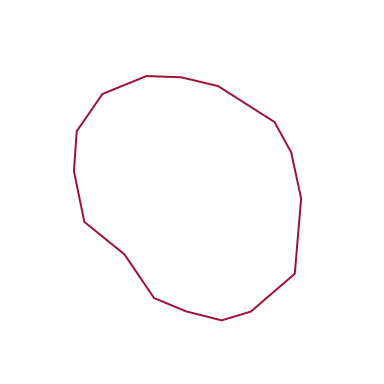 the district of Yevlakh City, Yevlakh, Azerbaijan, rotated 39°
{"feature_id": "54616110B78344971255813", "entity_name": "Yevlakh City", "entity_type": "district", "adm_level": 2, "iso_a3": "AZE", "parent_name": "Azerbaijan", "parent_adm1": "Yevlakh", "projection": "natural_earth1", "projection_center": [47.167, 40.614], "detail": "fine", "context": "isolated", "style": "outline", "palette": "rose", "viewbox_px": 384, "rotation_deg": 39, "n_neighbors": 0, "source": "geoboundaries", "source_scale": "gbopen_adm2", "svg_char_len": 420}
<svg xmlns="http://www.w3.org/2000/svg" viewBox="0 0 384 384"><g transform="rotate(39 192 192)"><path d="M290.4,275.6L295.8,273.1L313.0,247.9L323.3,190.9L322.2,189.2L280.9,128.4L244.2,98.8L212.1,85.7L145.6,93.3L111.2,109.8L83.6,130.6L83.2,131.3L60.7,172.2L63.3,205.6L64.1,217.2L87.1,250.1L127.2,283.0L148.7,283.0L178.8,283.0L229.3,298.3L262.5,288.5L290.4,275.6Z" fill="none" stroke="#9f1239" stroke-width="2"/></g></svg>